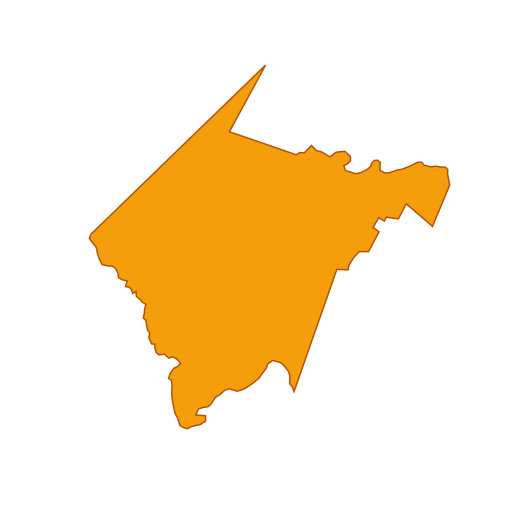 outline of Cabaceiras, Paraíba, Brazil, rotated 17°
{"feature_id": "56859067B3444043587564", "entity_name": "Cabaceiras", "entity_type": "district", "adm_level": 2, "iso_a3": "BRA", "parent_name": "Brazil", "parent_adm1": "Paraíba", "projection": "natural_earth1", "projection_center": [-36.284, -7.453], "detail": "fine", "context": "isolated", "style": "filled", "palette": "amber", "viewbox_px": 512, "rotation_deg": 17, "n_neighbors": 0, "source": "geoboundaries", "source_scale": "gbopen_adm2", "svg_char_len": 2050}
<svg xmlns="http://www.w3.org/2000/svg" viewBox="0 0 512 512"><g transform="rotate(17 256 256)"><path d="M332.0,374.5L332.7,357.9L333.7,331.4L336.5,263.5L337.2,245.2L348.2,242.3L347.5,237.7L349.9,228.8L353.4,221.6L362.3,219.0L366.6,196.9L359.6,194.5L362.1,183.6L368.5,185.1L369.4,180.7L381.3,178.9L384.4,162.2L412.6,174.5L416.1,176.2L420.5,131.5L415.2,121.5L414.2,117.5L411.2,115.7L406.2,117.0L401.8,117.5L397.1,119.6L390.5,120.1L387.0,117.9L383.0,119.2L376.0,125.9L370.1,130.4L365.9,132.5L359.3,137.4L354.5,138.9L349.6,137.9L348.4,133.9L347.5,130.0L344.2,128.9L341.2,130.0L339.6,133.3L339.3,137.3L336.9,140.8L331.5,146.0L327.3,148.1L316.5,148.1L313.5,143.8L316.3,141.4L318.5,137.4L317.3,133.5L313.9,131.5L310.1,129.9L302.3,133.3L297.7,139.6L292.8,138.4L288.6,137.3L282.7,137.5L276.7,134.1L272.0,143.3L267.6,144.2L265.0,147.4L260.1,147.3L225.9,146.0L194.2,145.0L209.3,70.7L157.6,164.2L144.2,188.6L91.9,283.2L91.5,288.0L96.0,291.2L100.6,294.3L103.7,299.9L106.9,304.5L111.3,309.2L117.6,308.8L121.3,307.6L125.2,308.8L128.8,312.5L130.9,316.9L135.2,317.9L140.2,317.5L140.1,323.4L143.7,322.9L146.7,324.3L149.0,327.8L151.7,325.2L153.4,329.6L157.5,331.3L160.6,333.4L164.8,334.3L165.0,339.1L166.0,343.4L166.3,348.3L169.6,349.8L171.4,353.7L173.7,358.3L177.0,360.9L177.2,365.0L179.5,367.9L181.9,370.6L185.1,370.0L186.3,373.6L188.8,377.5L191.9,378.9L197.3,376.7L202.4,379.1L206.1,376.7L210.7,377.9L215.2,380.5L213.5,384.4L210.3,387.4L208.4,392.8L208.1,398.6L211.4,399.7L213.7,404.7L214.9,409.6L216.2,413.6L218.9,419.9L221.7,424.8L223.4,428.2L225.7,431.4L228.3,433.7L230.4,436.8L232.8,440.3L236.1,441.1L240.8,441.3L244.1,437.9L248.3,435.6L252.0,433.4L256.1,428.6L254.4,423.5L250.1,424.5L244.8,425.6L245.9,418.7L250.5,415.9L254.3,414.1L256.3,410.6L258.4,403.1L262.4,398.6L265.3,393.6L269.2,390.8L273.3,390.8L277.7,390.8L283.5,386.6L287.1,382.6L290.4,378.3L294.6,371.8L296.4,366.2L298.6,360.7L298.9,355.5L302.7,350.9L311.1,350.8L315.1,352.8L320.8,356.9L323.5,360.7L325.4,368.0L329.3,370.9L332.0,374.5Z" fill="#f59e0b" stroke="#b45309" stroke-width="1.5"/></g></svg>